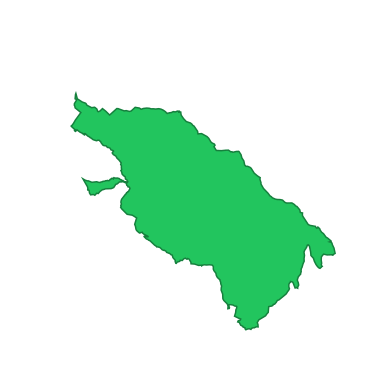 outline of Uricani, Hunedoara, Romania, rotated 54°
{"feature_id": "2599482B26293441607142", "entity_name": "Uricani", "entity_type": "district", "adm_level": 2, "iso_a3": "ROU", "parent_name": "Romania", "parent_adm1": "Hunedoara", "projection": "natural_earth1", "projection_center": [23.022, 45.316], "detail": "fine", "context": "isolated", "style": "filled", "palette": "green", "viewbox_px": 384, "rotation_deg": 54, "n_neighbors": 0, "source": "geoboundaries", "source_scale": "gbopen_adm2", "svg_char_len": 6099}
<svg xmlns="http://www.w3.org/2000/svg" viewBox="0 0 384 384"><g transform="rotate(54 192 192)"><path d="M238.4,246.5L240.2,247.0L240.5,246.7L240.0,245.2L240.9,242.7L240.3,241.7L241.7,240.1L241.2,238.1L241.6,236.3L243.1,235.8L243.5,235.4L243.3,234.5L244.7,233.8L248.2,234.2L249.5,235.0L251.9,232.2L255.3,229.8L256.9,227.2L257.4,227.5L257.5,226.2L258.2,224.7L259.5,223.3L261.1,220.7L262.6,219.0L263.3,218.5L264.9,218.6L266.9,220.1L268.6,220.5L271.7,220.4L273.9,221.4L276.1,221.7L279.7,221.0L280.1,221.4L282.0,221.9L283.2,222.7L285.5,223.3L286.8,224.7L288.5,226.1L292.6,227.2L296.6,229.8L298.5,230.0L302.8,229.3L304.1,229.4L305.8,230.1L307.5,231.6L308.1,230.3L307.5,229.6L306.8,229.6L306.0,229.0L304.1,229.0L304.5,228.9L305.9,226.9L307.5,225.3L309.3,224.5L310.7,223.1L311.2,223.2L312.6,224.7L313.0,225.6L315.3,227.7L317.5,230.6L321.6,228.4L323.3,227.2L323.6,227.5L324.0,228.6L323.9,229.1L323.4,229.9L323.4,230.5L324.0,231.4L325.3,230.4L328.4,230.9L330.6,229.8L331.1,230.1L333.2,228.9L333.9,229.5L335.1,229.4L335.4,227.9L336.2,226.1L337.8,225.1L337.4,223.7L337.7,222.5L338.5,221.4L338.8,219.3L340.0,217.8L337.9,216.5L336.0,216.0L334.7,213.1L335.4,205.2L334.7,203.4L334.2,201.1L329.8,197.3L331.1,194.6L331.3,193.3L330.7,192.3L331.3,191.1L330.8,188.8L329.9,186.7L330.4,185.0L329.8,175.6L328.8,173.3L328.4,171.7L327.5,170.0L325.8,169.5L323.7,168.0L323.0,166.7L322.8,165.3L322.3,164.9L323.7,163.7L324.5,163.5L330.3,165.0L330.8,163.3L331.5,163.4L332.0,163.1L331.1,162.4L330.0,160.4L328.0,159.4L325.4,158.7L324.8,158.2L323.1,155.9L322.2,152.2L321.5,151.9L320.7,150.5L320.1,150.3L318.2,148.6L317.7,147.4L315.3,144.3L313.9,141.9L311.6,140.4L309.5,138.3L306.4,136.7L305.0,134.4L304.9,133.7L303.9,131.5L302.8,129.9L303.2,128.9L305.0,128.9L310.3,131.3L313.3,133.1L317.0,132.7L319.9,133.7L323.6,134.3L326.2,134.3L328.1,133.9L329.0,133.3L328.8,131.3L328.4,130.9L328.6,130.4L327.7,130.4L326.5,129.9L325.9,129.0L322.9,127.4L320.5,125.4L319.6,122.1L322.3,119.7L325.2,115.4L325.6,115.5L325.9,114.7L325.6,114.5L325.8,112.3L320.8,110.1L317.1,109.4L315.6,108.8L314.6,108.9L313.2,110.0L313.6,108.7L313.6,108.4L313.3,108.3L308.9,109.4L307.4,110.1L303.0,110.1L300.7,110.8L298.1,110.7L297.1,110.3L294.8,110.6L294.4,110.8L294.8,111.3L294.6,112.3L293.3,112.6L292.4,112.3L288.2,116.3L286.5,117.1L276.4,116.6L275.2,116.0L273.9,114.9L272.2,116.4L269.8,115.3L265.4,115.6L263.9,116.5L262.6,116.4L259.6,117.6L256.5,122.0L254.8,123.0L251.8,123.5L250.0,125.1L248.1,127.5L246.7,128.8L243.7,130.5L242.7,130.5L240.8,131.2L237.8,131.2L231.1,132.1L226.8,131.6L225.7,131.3L225.0,130.7L222.0,129.7L221.3,129.3L220.5,128.4L217.4,129.6L213.3,130.6L207.5,130.2L206.1,130.6L203.9,131.9L202.9,133.3L201.1,133.5L197.3,131.8L193.7,131.6L190.6,130.4L186.9,130.2L186.1,130.8L186.0,131.5L185.3,132.2L183.9,135.6L182.9,136.0L182.3,137.0L179.6,137.9L178.2,139.9L175.8,144.0L172.7,147.9L168.3,147.6L167.7,145.9L166.4,145.7L164.2,146.9L162.5,147.3L158.4,146.9L155.9,147.3L150.4,149.9L148.5,153.0L146.2,151.8L139.9,151.6L138.5,152.2L136.8,152.2L135.2,152.7L131.7,155.2L127.7,155.7L123.8,155.6L122.6,155.2L120.7,154.1L120.4,154.4L120.2,155.0L119.9,154.9L119.7,155.5L119.4,155.1L119.2,155.4L118.8,155.1L118.5,155.9L117.9,156.3L117.6,158.0L117.1,158.8L116.1,159.7L115.7,161.0L115.7,161.8L114.6,163.8L114.7,164.1L113.9,165.3L113.9,165.9L113.0,166.2L111.7,166.2L108.8,167.2L106.7,168.4L105.0,170.0L103.5,172.7L102.0,174.3L100.8,176.1L99.2,177.3L97.5,179.3L95.8,182.3L95.2,184.5L93.2,185.2L90.1,188.2L90.7,193.6L90.1,195.2L87.5,197.4L86.5,199.2L81.1,202.8L80.3,203.8L81.3,213.4L75.9,214.3L71.9,215.4L72.4,218.9L71.9,220.7L71.2,220.9L69.0,220.2L66.6,220.8L66.1,221.1L64.8,223.6L60.1,226.0L58.6,225.8L57.6,225.9L54.7,227.9L49.2,230.0L44.0,228.0L44.6,228.9L47.9,231.8L49.3,231.1L49.8,231.4L51.4,235.2L52.6,236.2L53.9,236.4L55.2,237.1L62.4,235.2L65.3,244.2L66.8,247.5L67.6,250.1L67.6,251.0L67.9,251.1L73.0,250.0L73.0,250.8L73.5,250.8L73.5,250.1L74.7,251.2L74.2,249.9L74.5,249.3L74.2,248.5L77.8,247.4L80.0,246.2L80.5,246.3L81.2,245.5L82.0,245.7L82.7,245.4L82.7,245.2L81.7,244.5L82.1,244.0L85.3,243.5L87.4,242.5L88.3,242.4L88.9,242.0L91.6,241.2L94.2,239.3L94.6,238.8L94.7,237.8L95.6,236.7L96.8,236.6L97.4,236.3L98.9,236.6L101.8,236.5L102.8,235.9L104.1,234.4L106.3,234.2L106.9,233.4L108.0,232.7L108.7,232.5L110.2,232.8L112.4,231.3L112.9,231.5L113.0,232.4L113.5,233.6L114.1,233.5L115.3,233.7L118.3,232.5L120.5,232.8L123.2,232.3L126.8,232.2L127.9,233.6L129.2,233.6L131.1,235.1L132.3,235.5L132.7,236.0L132.7,236.8L135.3,237.4L136.2,238.0L138.6,237.8L140.3,237.1L142.4,238.2L143.6,237.6L145.8,237.8L146.3,238.6L145.6,238.8L143.8,240.6L142.8,241.1L142.1,241.1L141.5,241.9L140.7,242.0L139.5,242.8L138.3,243.0L136.8,244.2L136.5,244.9L136.1,245.2L135.3,246.4L134.5,246.7L134.6,247.5L135.1,248.0L134.1,248.4L133.8,248.8L133.7,249.6L134.0,250.2L133.7,251.0L134.0,251.5L134.1,252.3L133.8,252.9L133.0,253.5L132.9,254.0L132.2,255.1L131.8,256.6L131.0,257.8L131.0,258.7L130.4,259.7L130.3,260.8L128.5,262.6L127.8,262.9L125.3,267.3L122.2,269.2L121.4,270.2L119.4,271.6L117.3,272.5L126.4,273.5L128.0,274.2L128.6,274.9L129.3,275.1L129.7,274.4L130.4,274.4L132.5,275.5L134.7,275.7L136.1,273.2L137.5,272.5L137.0,269.8L138.1,268.8L137.5,266.1L137.5,263.0L138.0,262.2L138.6,260.1L141.8,255.3L142.4,252.7L141.0,249.2L141.5,247.6L141.2,244.7L142.4,243.1L143.0,241.8L146.1,240.0L148.3,240.8L149.4,240.4L150.1,240.8L151.3,239.8L152.7,240.1L154.3,243.2L154.0,243.7L154.2,244.3L154.1,245.4L154.7,246.0L154.7,247.1L156.5,253.2L157.6,254.7L158.6,255.6L160.3,256.2L161.0,257.5L162.1,258.0L162.4,258.7L164.2,258.8L171.9,257.6L175.7,253.9L180.4,252.0L184.5,257.4L186.5,257.9L189.2,259.2L190.2,259.4L191.5,259.3L194.0,258.7L194.6,258.3L194.5,257.8L195.4,255.9L196.2,256.1L197.9,255.7L201.8,253.7L202.3,253.8L202.0,254.6L200.1,256.2L199.7,256.6L199.9,257.0L203.2,256.5L204.6,255.5L205.3,255.5L206.9,254.6L213.0,253.5L215.2,252.7L215.7,252.8L216.3,251.9L218.2,250.5L221.1,250.1L222.5,249.3L222.9,248.6L223.6,248.4L224.1,247.9L226.0,248.0L226.4,247.5L227.5,247.1L227.8,246.6L229.5,245.9L230.3,245.9L231.4,245.1L233.9,246.0L237.5,245.7L238.4,246.5Z" fill="#22c55e" stroke="#15803d" stroke-width="1.5"/></g></svg>